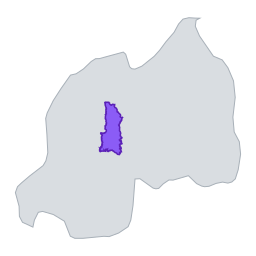 Muhanga, Southern, Rwanda shown in context
{"feature_id": "39286606B71619932434084", "entity_name": "Muhanga", "entity_type": "district", "adm_level": 2, "iso_a3": "RWA", "parent_name": "Rwanda", "parent_adm1": "Southern", "projection": "robinson", "projection_center": [29.724, -1.939], "detail": "fine", "context": "in_parent", "style": "filled", "palette": "violet", "viewbox_px": 256, "rotation_deg": 0, "n_neighbors": 0, "source": "geoboundaries", "source_scale": "gbopen_adm2", "svg_char_len": 6539}
<svg xmlns="http://www.w3.org/2000/svg" viewBox="0 0 256 256"><path d="M95.6,58.7L99.3,58.6L123.3,52.1L125.7,54.2L129.6,66.8L131.7,68.7L135.0,69.1L141.8,66.2L154.2,56.3L159.6,50.3L165.9,41.8L174.1,32.3L178.6,24.0L183.0,19.1L188.9,17.7L195.3,18.1L199.8,18.2L196.1,20.2L195.3,26.3L199.5,36.0L213.4,56.2L222.2,59.9L227.9,67.7L233.5,80.9L235.2,97.4L232.9,117.2L234.2,132.0L239.3,141.7L240.6,154.2L238.2,169.7L235.3,178.9L231.8,182.0L227.9,183.1L222.6,182.1L216.1,183.4L209.0,186.3L204.6,186.7L201.8,186.1L196.6,183.6L188.4,175.7L173.1,180.1L168.9,180.0L163.3,183.8L158.7,188.4L155.9,188.8L153.1,188.1L139.9,178.7L135.0,179.0L133.0,205.5L130.8,220.1L128.1,226.7L118.7,233.0L109.1,236.6L103.9,236.3L83.0,238.3L74.8,238.3L70.3,236.2L64.4,221.2L53.3,214.5L42.6,211.4L38.3,212.3L34.4,220.1L32.9,227.1L22.5,222.3L19.4,216.4L19.1,206.3L15.4,192.6L17.5,186.7L21.5,182.9L30.1,175.6L43.1,165.6L45.9,160.8L47.8,152.8L46.9,134.2L45.7,118.4L47.2,112.9L53.2,100.7L61.2,88.3L70.5,75.1L76.1,73.8L83.5,68.9L91.2,61.5L95.6,58.7Z" fill="#d9dde1" stroke="#a8b0b8" stroke-width="1"/><path d="M120.9,150.5L120.6,150.1L120.6,149.9L120.6,149.7L120.4,149.4L120.2,149.4L119.9,149.0L119.6,148.8L119.7,148.6L119.8,148.6L119.9,148.3L120.5,148.1L120.6,147.9L121.1,148.2L121.0,147.6L121.0,147.3L120.7,147.0L120.4,146.9L120.2,146.7L119.7,146.6L119.7,146.1L119.6,145.7L119.9,145.4L120.0,145.5L120.0,145.2L120.1,144.9L120.0,144.6L119.9,144.5L120.1,144.3L119.9,144.3L120.2,143.9L120.4,143.9L120.9,143.4L121.6,144.0L121.8,143.9L122.0,143.7L121.9,143.3L121.5,143.0L121.4,142.8L121.4,142.2L121.1,142.0L121.2,141.9L121.4,141.5L121.3,141.0L121.0,140.8L121.0,140.6L120.6,140.8L120.4,141.0L120.2,141.1L119.4,140.0L119.9,139.7L120.2,139.1L120.4,139.0L120.4,138.9L120.6,138.6L121.1,138.4L121.3,138.5L121.6,138.4L121.9,137.8L121.9,137.6L121.4,137.6L121.1,137.2L121.0,136.7L120.9,136.4L120.5,136.0L120.3,136.0L120.2,135.9L120.2,135.5L120.4,135.2L120.3,134.2L120.6,133.8L120.5,133.5L120.6,133.4L120.7,133.2L120.5,132.5L120.3,131.9L120.2,131.8L120.1,131.4L119.7,131.2L119.5,130.7L119.6,130.0L119.5,129.9L119.6,129.4L119.5,128.5L119.7,128.1L119.7,127.8L119.7,127.6L119.7,127.4L119.3,126.1L119.3,125.7L118.9,125.6L118.7,125.1L119.1,124.9L119.1,124.4L119.2,124.1L119.5,124.0L119.5,123.8L119.8,123.5L119.9,123.2L119.9,122.8L120.1,122.8L120.1,122.5L120.3,122.4L120.4,122.1L120.3,121.9L120.6,121.8L120.6,121.4L120.8,121.3L120.7,121.2L121.1,120.8L121.1,120.6L121.2,120.4L121.4,120.4L121.5,119.9L121.8,119.9L121.8,119.7L121.7,119.3L121.8,119.0L121.8,118.8L121.9,118.5L122.0,118.3L121.9,118.1L121.9,117.9L122.5,117.5L122.3,117.3L121.8,117.5L121.1,117.4L120.6,117.2L120.2,116.9L120.1,116.7L120.4,116.2L120.6,115.7L120.4,114.6L120.2,114.5L120.1,114.2L119.6,114.0L119.3,113.5L118.9,113.3L118.1,112.0L117.4,112.1L117.1,111.7L117.2,111.0L117.0,110.1L117.1,109.7L116.8,109.3L116.5,108.4L115.6,107.7L115.0,107.6L114.8,107.4L114.6,106.8L114.3,106.4L114.6,105.5L114.5,105.0L114.7,104.8L114.7,104.6L114.3,104.7L114.0,104.5L113.6,104.7L113.1,104.3L112.5,104.3L112.1,104.6L111.7,105.1L111.3,105.2L110.9,104.8L110.5,104.9L110.3,104.7L110.1,104.4L109.7,104.2L109.5,103.8L109.5,103.0L109.0,102.8L108.8,102.7L108.8,102.4L108.4,102.4L108.2,102.2L107.7,102.3L107.2,102.2L106.3,102.3L105.8,102.1L105.2,102.3L104.9,102.4L104.8,102.6L104.9,103.1L105.4,103.5L105.2,104.0L105.2,104.3L105.1,104.9L105.3,105.2L105.4,105.7L105.6,106.0L105.6,106.4L105.9,107.3L106.1,107.4L106.2,107.5L106.1,108.2L106.3,108.2L106.4,108.4L106.2,108.7L106.4,109.2L106.2,109.4L105.9,109.5L106.0,110.0L105.9,110.8L106.3,111.4L106.2,111.6L106.2,112.0L105.9,112.0L105.9,113.1L106.1,113.0L106.3,113.7L106.0,113.8L106.0,114.1L105.8,114.2L105.7,114.6L105.4,114.7L105.7,115.4L105.6,115.6L105.6,116.0L105.4,116.3L105.4,116.7L105.5,117.2L105.3,117.5L105.4,118.2L105.3,118.6L105.5,118.7L105.5,119.0L105.8,119.2L105.7,119.5L106.1,120.4L106.1,120.9L105.9,121.5L106.1,121.7L106.3,122.7L106.6,123.0L106.4,123.5L106.1,123.6L106.1,124.2L106.0,124.5L106.3,124.8L106.2,125.0L105.8,125.3L105.6,125.4L105.0,126.0L105.1,126.4L105.3,126.5L105.1,127.1L105.3,127.8L105.0,128.3L105.1,129.1L105.4,129.4L105.7,129.4L106.1,129.6L106.3,130.1L106.4,131.0L106.3,131.3L105.9,131.8L105.5,132.6L104.9,132.6L104.8,132.8L104.4,132.8L104.3,133.1L103.9,133.0L103.7,133.2L103.4,133.2L103.3,133.4L103.1,133.5L102.7,133.2L102.6,133.3L101.6,132.9L101.4,132.9L101.1,132.8L100.9,132.8L100.7,133.1L100.7,133.6L101.1,134.2L101.3,134.3L101.5,134.5L101.8,134.6L102.0,134.8L102.1,135.1L102.1,135.3L102.3,135.4L102.3,135.5L102.1,135.8L102.0,136.0L101.8,136.0L101.7,136.2L101.6,136.7L101.5,137.0L101.4,137.1L101.6,137.3L101.7,138.1L101.9,138.2L101.9,138.4L101.7,138.5L101.4,138.9L101.7,139.1L101.8,139.5L101.7,139.8L101.8,140.3L101.6,140.6L101.6,140.9L101.7,141.0L102.0,141.0L102.1,141.5L102.3,141.5L102.2,141.9L102.5,142.1L102.6,142.4L102.5,142.5L102.3,142.7L102.4,142.8L102.2,143.0L102.3,143.5L102.2,143.7L102.0,143.8L101.9,144.0L102.1,144.3L102.0,144.5L102.3,144.6L102.2,144.8L101.9,144.9L101.8,145.2L101.8,145.6L102.0,145.7L101.9,145.8L101.9,146.1L101.6,146.1L101.4,146.2L101.4,146.4L101.5,146.8L101.3,146.7L101.2,146.9L100.9,146.9L100.8,147.5L100.5,147.3L100.4,147.5L100.4,147.8L100.7,147.8L100.7,148.1L100.3,148.2L100.3,148.4L100.2,148.7L99.9,148.5L100.1,149.0L100.1,149.6L99.9,149.7L99.8,149.3L99.7,149.2L99.6,149.4L99.6,149.7L99.8,149.8L99.8,150.0L100.0,150.1L100.3,150.5L100.0,150.6L100.0,150.8L99.6,150.8L99.6,151.0L99.8,151.3L99.9,151.5L99.9,151.4L100.2,151.4L100.3,151.6L100.9,151.3L101.0,151.3L101.1,151.1L101.3,151.2L101.5,151.2L101.8,151.0L102.0,151.0L102.3,151.0L102.9,151.2L103.2,151.2L103.6,151.1L103.8,151.0L104.0,150.6L104.0,150.3L104.5,151.0L104.8,151.2L105.6,151.3L105.5,150.6L105.5,150.1L105.5,149.5L105.7,149.4L105.7,149.5L106.0,149.5L106.2,149.4L106.3,149.3L106.5,149.4L106.8,149.4L106.8,149.5L106.9,149.4L107.1,149.3L107.0,149.5L107.4,149.6L107.4,149.8L107.3,150.1L107.5,150.3L107.3,150.3L107.6,151.0L107.8,151.2L107.7,151.3L108.0,151.5L108.1,151.4L108.3,151.3L108.6,151.3L108.6,151.2L108.9,151.2L109.1,150.9L109.2,150.7L109.3,150.6L109.7,150.6L109.9,150.4L110.2,150.6L110.4,150.3L110.6,150.3L110.9,150.2L111.0,150.3L111.5,150.2L112.0,150.4L112.2,150.2L113.1,151.1L113.6,151.0L113.8,151.5L114.5,152.0L115.0,152.5L115.8,152.6L116.0,152.9L116.8,153.2L117.0,153.8L117.6,154.3L118.2,154.5L118.7,154.3L119.0,154.4L119.3,154.6L119.5,154.5L119.6,154.3L119.5,153.9L119.7,153.6L120.1,153.4L119.7,152.8L119.6,152.4L120.5,152.3L120.9,151.8L121.2,151.8L121.2,151.7L121.4,151.7L121.3,151.2L121.1,151.2L120.9,150.7L120.9,150.5Z" fill="#8b5cf6" stroke="#5b21b6" stroke-width="1.5"/></svg>